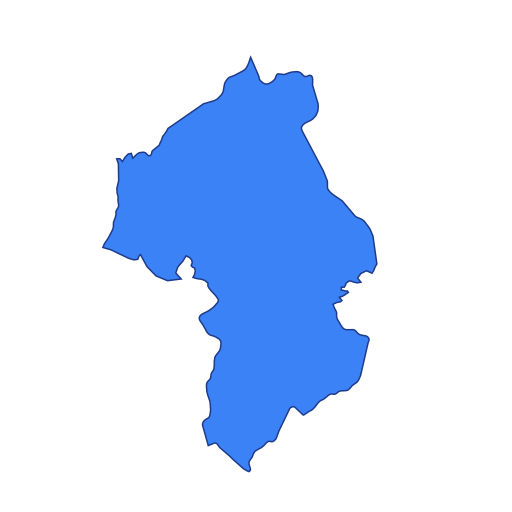 map outline of Roi Et (Mercator projection), rotated 141°
{"feature_id": "THA-442", "entity_name": "Roi Et", "entity_type": "Province", "adm_level": 1, "iso_a3": "THA", "parent_name": "Thailand", "parent_adm1": "", "projection": "mercator", "projection_center": [103.855, 15.941], "detail": "fine", "context": "isolated", "style": "filled", "palette": "blue", "viewbox_px": 512, "rotation_deg": 141, "n_neighbors": 0, "source": "natural_earth", "source_scale": "10m", "svg_char_len": 4737}
<svg xmlns="http://www.w3.org/2000/svg" viewBox="0 0 512 512"><g transform="rotate(141 256 256)"><path d="M268.3,93.9L269.4,94.1L270.4,94.5L274.6,97.5L275.4,98.0L276.4,98.4L277.6,98.6L280.1,98.6L281.2,98.8L282.2,99.3L282.9,100.0L283.5,100.7L284.3,101.4L285.3,101.8L286.4,102.1L287.7,102.2L292.3,102.1L294.2,102.3L296.5,102.9L298.3,103.0L300.7,102.7L305.6,101.5L308.1,101.2L309.9,101.2L312.1,101.8L319.0,102.4L319.3,102.7L319.5,103.1L320.9,113.9L321.5,115.0L322.4,115.9L324.8,116.4L326.0,116.1L348.3,105.6L354.5,101.8L355.9,101.2L357.2,101.1L358.4,101.0L359.6,101.2L360.4,101.6L361.1,102.2L362.5,103.9L363.9,104.3L365.8,104.3L369.3,103.7L372.5,103.7L374.7,104.2L379.5,104.9L381.3,104.4L383.0,103.6L384.7,102.6L385.6,102.1L389.9,100.9L390.8,100.4L391.6,99.7L392.2,98.9L392.7,98.0L393.9,94.9L394.4,94.0L395.0,93.2L396.0,92.9L397.1,92.8L398.3,94.9L399.6,98.6L401.9,112.4L402.3,116.7L404.6,129.2L404.7,130.5L404.6,133.2L404.4,134.4L404.9,135.6L405.5,136.6L412.4,138.7L404.1,158.0L403.5,158.8L402.8,159.5L402.0,160.0L401.0,160.4L399.7,160.6L398.6,160.7L395.0,160.2L393.9,160.3L393.0,160.7L392.2,161.2L389.0,164.0L387.7,165.5L383.7,171.3L383.2,172.3L380.8,178.8L379.5,181.6L376.0,186.6L374.5,188.0L373.7,188.5L372.6,188.8L369.1,189.3L367.7,190.1L367.2,190.5L365.9,191.8L365.2,192.5L364.2,193.0L360.3,194.4L359.5,195.0L356.6,198.0L355.4,199.6L354.8,200.3L351.9,203.0L351.0,203.5L350.0,203.9L344.5,205.2L343.5,205.6L342.6,206.1L341.0,207.3L339.5,208.7L338.2,210.1L337.1,211.9L336.9,213.3L337.0,215.1L338.2,218.3L339.0,219.9L341.5,223.7L341.8,224.7L342.0,226.1L342.0,228.0L340.7,235.1L340.3,240.2L340.0,241.9L339.6,242.8L339.2,243.5L338.4,244.1L337.4,244.6L336.3,244.8L335.1,244.8L333.9,244.7L329.3,243.6L326.8,243.2L321.5,243.0L319.0,243.3L315.0,244.1L313.6,244.9L312.9,245.5L312.5,247.4L312.3,250.5L312.8,257.7L312.7,260.8L312.3,262.8L311.8,263.5L310.4,265.2L311.2,269.3L313.3,272.6L316.0,275.4L318.5,279.0L315.4,280.3L312.6,282.6L311.3,285.3L312.4,287.5L312.4,289.4L309.8,290.8L308.5,293.3L308.6,296.5L310.2,300.1L316.2,298.0L323.7,296.7L329.0,293.3L328.6,285.2L340.3,292.5L346.2,303.4L347.4,316.3L344.9,329.7L346.7,329.7L350.0,327.8L353.3,329.8L356.4,334.3L364.9,352.2L369.7,359.0L365.9,361.0L359.6,362.9L352.1,366.1L349.1,367.8L345.5,371.9L341.4,374.3L338.6,376.4L337.0,378.6L334.9,379.7L333.5,380.1L332.2,380.6L330.7,382.0L328.5,385.8L325.8,389.0L324.2,392.5L321.5,396.2L315.4,400.9L304.9,414.3L303.1,419.2L300.6,417.3L300.3,413.4L296.0,415.1L291.1,415.7L288.3,414.2L290.2,409.6L285.2,410.0L282.5,409.9L280.6,409.1L277.9,407.3L277.0,405.9L276.6,402.1L276.1,401.1L274.0,400.6L272.6,401.4L271.4,402.5L270.0,403.0L261.7,403.0L256.1,405.8L253.2,407.7L252.2,407.8L248.0,408.9L244.1,410.5L200.9,407.3L190.7,403.0L188.4,402.5L186.5,402.4L181.6,403.0L180.6,403.3L178.7,404.1L177.8,404.6L172.5,409.3L171.4,410.0L169.9,410.7L167.1,411.5L165.2,411.7L163.8,411.5L159.1,409.9L149.9,408.1L147.6,407.9L146.2,408.1L145.1,408.3L141.2,410.0L135.1,413.8L140.6,394.3L142.0,391.5L142.1,391.1L142.2,390.0L142.1,388.4L141.5,385.7L140.8,384.4L140.0,383.3L138.3,382.2L137.3,381.8L136.1,381.6L133.6,381.3L131.1,381.4L129.9,381.7L129.0,382.1L126.4,383.6L125.5,383.9L124.4,383.7L123.7,383.2L120.2,379.6L119.4,379.1L117.3,378.3L116.2,378.0L114.1,377.2L112.2,376.3L108.8,374.0L107.4,372.7L106.8,371.8L106.3,370.9L106.0,369.8L105.8,368.7L105.7,367.5L105.6,366.3L105.3,365.3L104.6,364.4L103.9,363.8L102.9,363.4L101.8,363.2L100.8,362.8L100.1,362.2L99.6,361.3L99.6,360.1L100.1,358.6L102.7,355.2L103.9,354.1L104.9,352.3L112.0,335.2L113.8,332.7L116.5,329.9L120.1,327.9L121.1,327.5L123.2,327.1L125.8,326.8L128.2,327.0L134.2,328.4L136.7,328.4L137.8,328.1L138.8,327.8L139.7,327.3L140.5,326.6L141.5,323.7L150.2,279.5L153.3,269.6L153.8,268.7L157.5,264.1L158.0,263.0L158.2,261.3L158.2,259.2L157.6,255.5L154.3,244.6L153.9,225.3L153.5,223.1L151.0,218.6L150.6,217.6L150.1,215.4L150.0,214.1L150.3,205.8L152.5,198.0L167.1,173.7L169.5,172.9L173.9,170.5L176.7,169.6L179.4,175.0L185.6,176.4L190.9,174.9L191.0,169.6L194.3,171.5L196.5,174.2L198.0,176.7L199.3,178.0L202.9,178.2L205.2,176.9L207.0,176.2L209.2,178.0L211.2,175.9L209.8,174.4L208.5,172.4L207.1,171.5L207.1,169.6L212.4,170.0L214.8,170.5L217.2,171.5L217.2,167.3L219.2,167.3L222.4,169.0L226.5,170.0L227.6,166.9L228.6,162.3L229.0,161.3L229.1,161.1L231.0,158.8L231.6,158.0L232.1,157.0L232.5,156.0L233.8,147.2L233.7,144.8L233.4,143.8L233.1,143.1L232.8,142.6L231.6,141.4L226.9,137.7L226.3,136.9L225.8,135.9L225.7,134.8L225.6,133.7L225.6,132.5L225.4,131.3L225.1,130.2L224.6,129.2L223.4,127.7L222.8,127.0L220.9,124.7L220.3,123.7L220.1,122.5L220.2,120.7L220.9,119.7L221.8,119.0L223.5,118.0L249.8,97.4L253.4,95.5L255.5,94.7L257.2,94.4L262.3,94.7L263.5,94.6L265.8,94.1L268.3,93.9Z" fill="#3b82f6" stroke="#1e3a8a" stroke-width="1.5"/></g></svg>